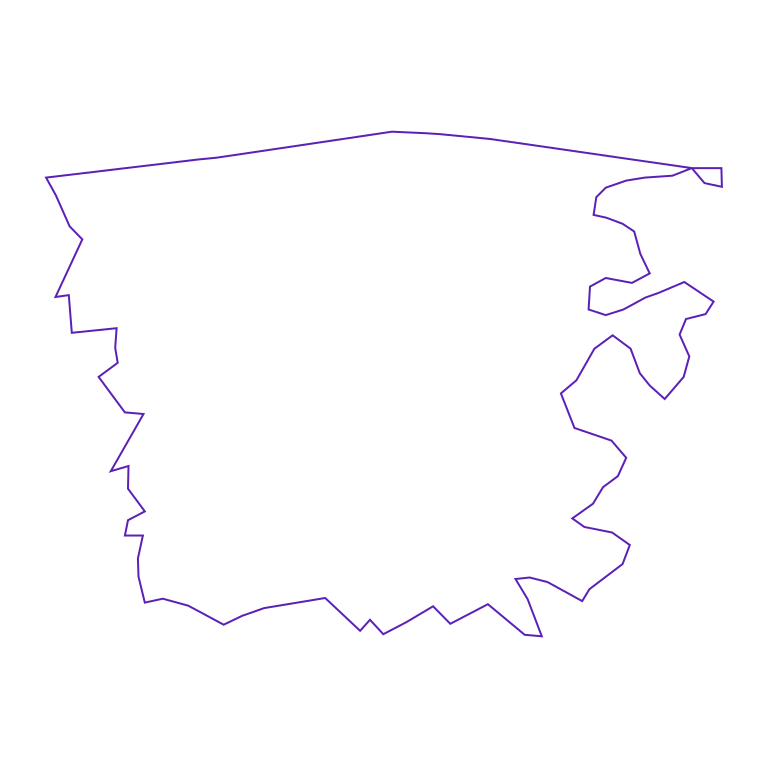 Santa Lúcia, Paraná, Brazil
{"feature_id": "56859067B61888752211446", "entity_name": "Santa Lúcia", "entity_type": "district", "adm_level": 2, "iso_a3": "BRA", "parent_name": "Brazil", "parent_adm1": "Paraná", "projection": "mercator", "projection_center": [-53.534, -25.393], "detail": "fine", "context": "isolated", "style": "outline", "palette": "violet", "viewbox_px": 768, "rotation_deg": 0, "n_neighbors": 0, "source": "geoboundaries", "source_scale": "gbopen_adm2", "svg_char_len": 1344}
<svg xmlns="http://www.w3.org/2000/svg" viewBox="0 0 768 768"><path d="M691.8,168.1L490.1,139.0L439.5,134.1L425.4,133.2L391.9,131.7L216.5,157.7L198.0,159.5L46.1,177.6L56.0,195.6L69.6,226.3L82.3,239.4L55.5,297.0L68.8,295.1L71.8,332.8L116.6,328.2L115.2,347.8L117.7,362.8L98.6,376.9L124.9,412.4L143.5,414.0L110.8,471.2L128.5,466.0L128.0,488.7L144.8,511.4L128.0,520.2L124.9,535.5L142.9,535.5L137.9,558.5L138.5,576.6L144.8,602.6L162.8,598.7L188.3,605.7L223.7,624.7L242.2,615.8L264.1,608.1L325.2,598.0L360.1,630.8L370.0,619.8L383.3,634.2L406.3,622.2L433.1,606.3L450.3,623.8L487.9,604.2L524.7,634.8L541.8,636.3L527.7,599.3L515.5,579.0L529.7,577.5L547.6,582.1L582.2,601.1L589.4,589.2L622.6,564.0L629.8,545.0L612.1,532.5L584.4,527.0L572.3,518.4L593.0,503.7L603.0,487.2L617.9,476.1L626.2,457.8L611.5,440.6L574.5,428.0L560.9,393.4L576.4,380.3L594.4,348.7L612.6,335.3L630.6,348.7L639.8,373.2L649.7,385.5L664.7,399.0L683.7,376.9L689.3,356.4L679.6,334.6L686.0,319.0L705.6,314.1L713.6,301.6L684.3,282.0L658.3,293.0L645.3,297.6L623.4,309.5L605.7,315.1L588.6,309.5L590.0,286.6L605.7,278.0L632.0,282.9L649.7,273.4L640.3,253.8L634.2,231.5L622.6,223.8L606.3,217.7L593.6,214.9L596.3,197.2L605.7,187.7L626.2,180.6L644.7,177.6L672.4,175.7L691.8,168.1ZM721.4,168.1L691.8,168.1L704.5,183.1L721.9,186.8L721.4,168.1Z" fill="none" stroke="#5b21b6" stroke-width="2"/></svg>